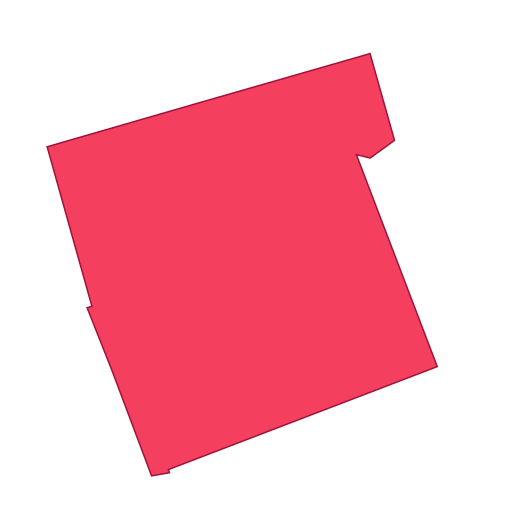 Miami, Ohio, United States of America (orthographic projection), rotated 250°
{"feature_id": "52423323B70548517333003", "entity_name": "Miami", "entity_type": "district", "adm_level": 2, "iso_a3": "USA", "parent_name": "United States of America", "parent_adm1": "Ohio", "projection": "orthographic", "projection_center": [-84.249, 40.04], "detail": "fine", "context": "isolated", "style": "filled", "palette": "rose", "viewbox_px": 512, "rotation_deg": 250, "n_neighbors": 0, "source": "geoboundaries", "source_scale": "gbopen_adm2", "svg_char_len": 328}
<svg xmlns="http://www.w3.org/2000/svg" viewBox="0 0 512 512"><g transform="rotate(250 256 256)"><path d="M85.1,82.7L81.9,100.6L85.3,100.6L90.1,388.5L316.9,385.0L309.0,396.8L317.3,425.7L407.2,432.4L419.4,255.6L430.1,97.1L264.8,84.6L265.2,79.6L197.7,81.5L85.1,82.7Z" fill="#f43f5e" stroke="#9f1239" stroke-width="1.5"/></g></svg>